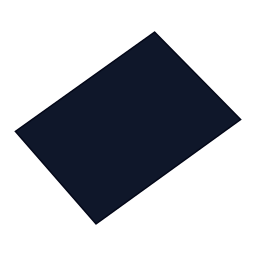 outline of Timisoara, Timis, Romania
{"feature_id": "2599482B91737143557292", "entity_name": "Timisoara", "entity_type": "district", "adm_level": 2, "iso_a3": "ROU", "parent_name": "Romania", "parent_adm1": "Timis", "projection": "natural_earth1", "projection_center": [21.325, 45.796], "detail": "fine", "context": "isolated", "style": "filled", "palette": "ink", "viewbox_px": 256, "rotation_deg": 0, "n_neighbors": 0, "source": "geoboundaries", "source_scale": "gbopen_adm2", "svg_char_len": 189}
<svg xmlns="http://www.w3.org/2000/svg" viewBox="0 0 256 256"><path d="M240.6,119.5L154.6,32.1L15.4,131.4L96.0,223.9L240.6,119.5Z" fill="#0f172a" stroke="#020617" stroke-width="1.5"/></svg>